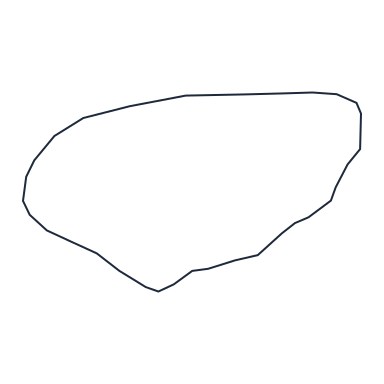 outline of Makur, Chuuk, Federated States of Micronesia
{"feature_id": "79324940B63649844160089", "entity_name": "Makur", "entity_type": "district", "adm_level": 2, "iso_a3": "FSM", "parent_name": "Federated States of Micronesia", "parent_adm1": "Chuuk", "projection": "natural_earth1", "projection_center": [150.128, 8.983], "detail": "fine", "context": "isolated", "style": "outline", "palette": "slate", "viewbox_px": 384, "rotation_deg": 0, "n_neighbors": 0, "source": "geoboundaries", "source_scale": "gbopen_adm2", "svg_char_len": 508}
<svg xmlns="http://www.w3.org/2000/svg" viewBox="0 0 384 384"><path d="M34.3,160.3L26.2,176.8L23.0,200.9L29.7,214.8L46.8,230.4L71.0,241.6L96.8,253.4L119.4,270.9L145.8,287.1L158.4,291.5L173.7,284.4L192.2,270.9L208.1,268.8L234.9,260.4L257.8,255.1L281.8,233.4L294.9,223.1L308.5,217.3L330.9,200.6L335.7,187.3L347.6,164.4L360.1,149.1L361.0,113.6L356.5,102.9L336.7,94.2L312.6,92.5L283.6,93.4L245.3,94.4L185.6,95.6L129.8,106.2L83.3,118.0L54.4,136.0L34.3,160.3Z" fill="none" stroke="#1e293b" stroke-width="2"/></svg>